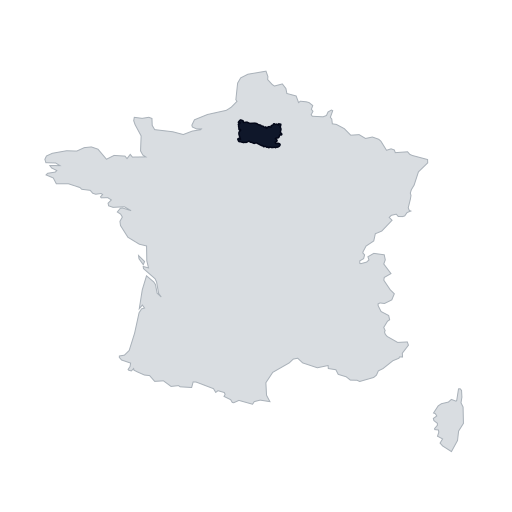 Oise highlighted on a map of France, rotated 3°
{"feature_id": "FRA-5331", "entity_name": "Oise", "entity_type": "Metropolitan department", "adm_level": 1, "iso_a3": "FRA", "parent_name": "France", "parent_adm1": "", "projection": "natural_earth1", "projection_center": [2.414, 49.417], "detail": "fine", "context": "in_parent", "style": "filled", "palette": "ink", "viewbox_px": 512, "rotation_deg": 3, "n_neighbors": 0, "source": "natural_earth", "source_scale": "10m", "svg_char_len": 6550}
<svg xmlns="http://www.w3.org/2000/svg" viewBox="0 0 512 512"><g transform="rotate(3 256 256)"><path d="M408.2,203.0L404.6,204.7L402.4,208.2L400.2,209.0L396.0,209.1L393.9,206.9L389.0,208.3L387.0,210.5L390.0,213.2L380.3,224.5L374.0,227.5L372.8,234.8L365.4,240.3L362.7,246.1L362.5,247.3L364.4,249.2L363.6,253.0L359.9,255.4L360.0,257.9L361.0,258.2L366.8,256.3L369.0,254.0L367.8,250.9L373.5,247.2L384.0,248.1L385.3,253.1L384.0,257.3L391.7,266.5L385.2,270.7L384.9,273.5L391.8,282.7L396.1,286.5L393.9,292.7L386.8,296.7L382.3,296.4L380.4,297.4L380.6,299.3L383.8,304.9L391.6,308.5L392.8,312.7L390.7,314.3L387.3,320.6L388.9,323.8L388.3,325.2L389.2,327.4L391.2,329.5L402.0,334.9L411.6,333.9L412.9,337.1L407.2,345.4L407.6,349.2L404.6,349.3L404.1,350.6L398.2,353.4L388.7,361.8L384.2,364.3L382.5,368.7L379.9,371.1L366.1,375.9L363.4,374.8L356.7,375.0L352.4,371.9L344.3,369.9L341.7,365.4L334.1,364.6L333.7,361.6L323.1,364.4L308.2,360.3L303.0,355.9L298.6,357.0L294.8,361.0L278.8,371.3L272.5,382.0L273.8,394.5L277.5,400.7L267.7,399.7L261.9,401.5L260.3,404.2L246.5,401.1L241.4,403.7L240.0,403.5L238.2,400.8L231.4,397.9L232.4,395.8L231.5,394.0L225.1,392.5L222.9,394.3L220.5,390.7L202.7,385.0L199.8,385.1L198.6,390.7L187.1,390.6L185.4,389.5L178.0,390.7L170.1,385.5L161.4,386.5L156.0,381.0L150.8,380.7L143.5,377.9L140.1,376.4L139.7,374.8L137.5,377.3L134.8,376.7L134.2,376.0L136.0,373.0L136.4,369.5L127.2,366.9L124.8,364.4L124.8,363.0L129.8,361.9L134.3,357.0L138.8,339.5L142.2,318.8L144.5,314.8L147.4,313.8L145.1,310.9L142.2,314.7L144.2,295.7L147.7,281.5L155.3,287.3L157.1,289.8L159.2,298.3L163.5,301.9L160.7,298.4L158.1,287.2L156.4,284.0L144.3,274.5L143.9,272.4L149.3,273.5L147.2,266.5L146.2,251.7L138.8,250.3L127.1,244.0L119.1,232.7L118.3,228.5L120.5,224.1L118.7,221.3L115.2,219.3L118.0,215.5L120.4,215.1L128.9,217.3L122.0,213.7L110.7,214.9L106.2,213.6L105.5,211.0L108.6,207.6L104.9,205.5L98.4,206.0L97.6,205.1L99.6,202.6L98.0,201.7L92.7,202.7L89.7,201.9L87.0,199.1L78.5,198.5L76.7,196.9L65.0,193.7L52.8,194.3L49.5,188.7L42.1,186.0L43.6,184.3L51.2,182.7L52.6,181.1L47.3,178.8L45.4,176.5L55.4,176.0L51.0,173.6L41.3,173.8L40.1,170.5L41.5,167.1L47.2,164.1L61.3,160.8L71.5,160.6L78.8,156.8L85.9,155.7L92.6,157.6L101.6,167.2L109.0,163.0L119.9,163.1L122.1,165.5L125.1,161.1L127.4,163.7L140.7,162.8L137.7,161.1L135.2,157.1L135.0,142.1L128.4,131.2L126.8,127.3L127.2,123.9L135.1,124.5L141.7,123.1L144.9,124.1L145.5,131.0L148.2,135.1L166.4,136.3L177.0,138.5L185.8,134.6L194.1,132.8L194.8,131.9L190.0,132.2L185.7,130.5L185.1,128.7L187.4,123.2L200.2,117.2L218.7,112.1L223.5,108.7L228.9,102.6L227.7,101.0L228.6,84.3L231.4,78.9L238.4,74.9L256.3,70.9L258.5,76.2L258.4,79.2L263.2,83.9L265.5,85.3L273.3,82.8L277.1,87.2L278.3,92.1L287.7,94.1L290.5,100.6L292.2,99.1L298.1,99.4L300.9,100.0L304.8,102.8L303.6,106.6L305.3,108.5L303.7,112.0L304.9,113.5L315.7,113.5L319.0,112.0L320.4,108.4L323.7,106.3L325.0,106.9L323.0,113.6L324.5,115.3L325.3,120.0L329.4,120.4L337.5,124.2L344.3,130.4L352.6,129.4L359.2,132.9L366.0,131.1L372.4,133.0L374.7,134.8L380.8,143.6L385.3,141.9L388.6,142.9L389.7,145.5L401.9,144.0L404.2,146.4L406.7,147.4L422.3,150.7L422.6,154.0L413.8,163.5L410.2,176.9L407.7,181.6L406.8,185.1L407.6,187.4L407.2,191.1L405.5,199.9L406.7,202.5L408.2,203.0ZM469.0,386.2L468.4,391.9L470.7,396.0L471.9,412.3L467.5,420.2L466.9,429.7L461.4,441.1L452.4,436.0L449.6,433.2L451.9,428.9L446.7,426.5L447.8,422.3L447.2,420.2L443.6,420.0L443.4,418.9L446.0,415.6L445.9,413.6L442.3,411.1L441.6,408.9L444.9,406.3L443.3,404.0L441.5,403.5L445.8,396.1L448.9,393.8L455.8,391.8L458.6,389.0L463.3,390.5L464.0,389.8L465.2,378.1L466.8,377.9L468.3,379.5L469.0,386.2ZM145.0,267.3L143.9,270.6L139.3,264.9L138.7,261.7L145.0,267.3Z" fill="#d9dde1" stroke="#a8b0b8" stroke-width="1"/><path d="M273.8,123.1L273.9,123.4L273.9,123.8L273.5,125.7L273.5,126.1L273.6,126.4L274.1,127.2L274.2,127.8L274.3,128.5L273.9,130.3L273.9,130.7L274.0,131.2L274.1,131.6L274.3,131.9L274.9,132.2L275.1,132.4L275.3,132.8L275.4,133.2L275.2,133.6L274.9,133.8L274.6,133.9L274.1,133.6L273.9,133.5L273.3,133.9L272.8,135.8L272.4,136.5L271.6,137.0L270.1,137.1L269.3,137.6L269.4,137.8L270.7,139.0L270.9,139.3L271.0,139.8L270.6,140.5L269.9,140.9L269.3,141.2L269.5,142.1L269.7,142.5L269.9,142.6L270.2,142.6L271.8,142.3L272.4,142.3L273.4,142.6L273.9,142.9L274.2,143.3L274.2,143.8L274.0,144.4L273.6,145.0L273.2,145.4L272.7,145.7L272.1,146.1L271.7,146.2L271.3,146.2L270.9,146.2L270.5,146.4L270.0,146.7L269.8,146.8L269.3,146.5L269.0,146.4L268.6,146.5L266.2,146.9L264.6,146.5L264.3,146.4L264.0,146.5L263.7,146.7L263.6,146.9L263.4,147.1L263.2,147.2L262.9,147.1L262.6,147.0L262.4,146.9L262.1,146.7L261.9,146.6L261.3,146.8L260.9,146.8L260.6,146.6L260.1,146.2L259.3,146.0L258.1,146.5L257.4,146.1L257.2,145.8L257.1,145.6L256.9,145.4L256.7,145.3L256.2,145.5L255.9,145.5L250.7,143.1L250.2,142.9L249.7,143.1L248.7,143.6L248.3,143.6L247.9,143.6L246.0,142.8L245.3,142.7L244.8,142.7L244.0,142.4L243.7,142.1L243.5,141.9L243.2,141.8L242.9,141.7L242.5,141.8L242.2,142.0L240.9,142.8L240.5,143.0L239.9,143.1L238.5,143.1L237.5,143.4L236.9,143.2L236.1,143.1L234.7,142.7L233.7,142.7L233.4,142.6L233.1,142.6L232.7,142.3L232.5,142.0L232.4,141.6L232.3,141.4L231.9,141.0L231.8,140.5L231.7,140.3L231.7,140.2L232.1,139.7L232.4,139.5L232.7,139.5L233.0,139.6L233.3,139.8L233.6,140.3L233.8,140.4L234.0,140.4L234.3,140.3L234.4,140.2L234.2,139.6L233.5,138.0L232.6,135.3L232.5,134.2L232.5,133.7L232.6,133.3L232.9,132.7L233.1,132.2L233.3,132.0L233.4,131.9L233.6,131.9L233.8,131.7L234.0,131.2L234.1,130.9L233.8,130.5L233.5,130.5L233.2,130.6L232.8,130.7L232.6,130.7L232.4,130.5L232.3,130.1L232.2,128.8L232.1,128.3L231.9,127.9L231.8,126.8L231.8,126.1L231.7,125.8L231.5,125.6L231.5,125.4L231.7,125.2L232.3,124.9L232.6,124.7L232.9,124.2L233.1,123.9L232.9,123.6L232.6,123.5L232.3,123.6L232.0,123.7L231.7,123.8L231.5,123.7L231.4,123.4L231.6,123.0L232.6,121.6L232.9,121.3L233.4,121.1L233.6,120.9L235.6,121.5L236.1,121.8L236.2,122.2L236.4,123.1L236.6,123.3L240.0,122.8L242.8,123.9L247.9,123.4L249.9,123.7L251.4,124.7L253.8,125.1L254.6,125.9L254.9,126.1L255.2,126.1L255.9,125.9L256.2,126.0L257.4,126.9L257.8,127.1L258.2,127.0L258.8,126.6L259.2,126.7L259.4,127.0L259.5,127.8L259.9,128.0L260.1,127.9L260.3,127.7L260.4,127.3L260.6,127.1L261.5,126.3L261.9,126.2L262.6,126.1L263.8,126.6L264.2,126.5L264.4,126.2L264.3,125.6L264.3,125.3L264.6,124.9L264.9,124.8L265.7,124.7L266.0,124.3L266.6,123.3L266.9,123.0L267.4,123.0L268.4,123.6L269.0,123.5L269.4,123.3L269.8,123.2L270.2,123.3L271.1,123.9L271.6,123.9L271.9,123.5L271.9,122.8L273.8,123.1Z" fill="#0f172a" stroke="#020617" stroke-width="1.5"/></g></svg>